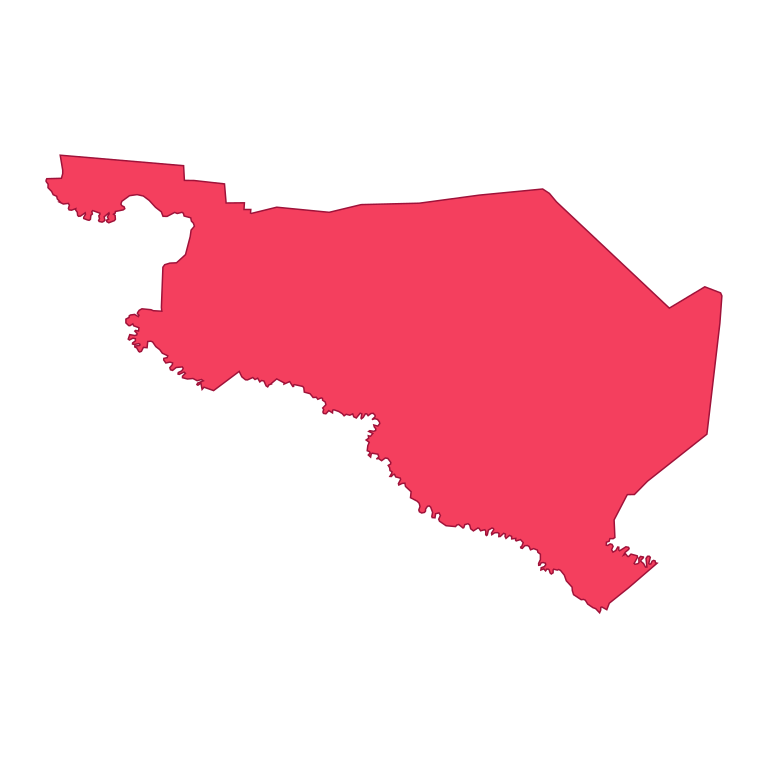 Nitchidorf, Timis, Romania
{"feature_id": "2599482B42012307395467", "entity_name": "Nitchidorf", "entity_type": "district", "adm_level": 2, "iso_a3": "ROU", "parent_name": "Romania", "parent_adm1": "Timis", "projection": "robinson", "projection_center": [21.512, 45.567], "detail": "fine", "context": "isolated", "style": "filled", "palette": "rose", "viewbox_px": 768, "rotation_deg": 0, "n_neighbors": 0, "source": "geoboundaries", "source_scale": "gbopen_adm2", "svg_char_len": 6088}
<svg xmlns="http://www.w3.org/2000/svg" viewBox="0 0 768 768"><path d="M599.6,612.8L600.7,610.2L600.8,607.4L601.9,607.0L606.8,609.7L609.3,603.2L628.4,587.9L657.1,563.2L655.5,562.8L655.1,560.9L653.6,560.4L652.1,561.2L650.8,564.0L649.3,564.1L648.8,563.3L650.3,557.3L649.2,556.2L647.5,556.3L646.0,558.5L646.9,567.0L645.5,567.1L643.5,563.5L640.8,561.3L641.0,560.1L643.4,557.7L643.4,557.0L640.6,556.4L638.8,558.3L639.0,562.6L637.8,563.7L635.0,564.3L634.1,563.4L637.5,557.3L637.2,555.8L631.0,554.1L628.7,556.5L627.6,556.4L625.7,554.0L623.6,555.1L625.3,552.2L628.7,549.4L629.1,548.3L628.5,547.3L625.9,546.8L619.6,550.8L618.8,550.0L618.8,547.2L617.8,547.0L615.8,550.5L613.0,552.1L611.6,549.8L613.1,546.3L612.0,544.4L610.2,543.9L607.7,545.5L606.3,545.2L606.4,542.2L609.1,541.3L609.9,538.6L613.1,538.7L614.9,537.5L614.1,519.9L626.8,495.5L627.4,494.6L634.4,494.5L647.5,481.2L706.9,434.2L719.9,323.1L721.9,295.9L720.6,292.9L704.8,286.8L669.3,308.1L556.5,201.9L549.4,193.4L542.7,189.0L479.4,195.1L419.2,203.2L361.2,204.6L329.2,212.3L276.7,207.2L251.5,213.4L250.5,213.1L250.8,209.5L244.0,209.5L244.4,202.8L226.1,203.0L224.5,183.9L194.0,180.5L184.4,180.4L183.6,165.7L60.2,155.2L62.7,170.1L62.7,173.7L61.4,178.3L46.8,178.7L46.1,180.2L46.1,181.5L48.1,184.2L48.0,187.7L51.6,191.4L53.2,194.7L56.7,196.3L57.3,198.9L60.0,201.8L59.3,202.0L63.3,204.0L68.3,203.4L69.4,205.1L68.4,208.4L69.1,209.9L71.6,210.2L75.8,208.6L75.6,209.9L77.3,212.3L77.6,215.2L78.5,216.3L80.5,216.1L85.2,212.8L85.5,214.3L83.7,217.3L83.7,218.5L87.3,219.9L89.1,220.3L90.4,219.4L90.9,215.3L92.4,214.0L91.8,211.6L92.8,210.6L99.9,213.2L99.9,214.4L98.8,215.8L99.5,218.7L98.6,220.5L99.2,221.5L102.1,222.1L103.9,221.3L104.8,220.1L104.2,216.8L108.9,212.8L109.2,213.8L107.4,216.9L108.6,219.2L106.4,220.2L106.9,221.7L108.8,222.8L114.4,220.6L115.4,219.3L115.1,215.4L113.5,214.2L115.2,213.1L115.4,211.5L123.2,209.9L124.8,208.7L124.1,206.8L121.9,205.7L120.9,204.1L121.8,201.3L129.5,195.7L137.1,194.6L143.3,196.0L149.2,200.4L155.5,207.3L161.3,211.8L163.0,216.3L167.1,216.4L174.7,212.4L177.2,213.5L182.0,212.3L183.4,213.3L184.1,216.0L190.7,217.8L191.4,221.1L193.4,223.2L194.4,226.2L191.1,230.1L190.2,236.6L185.5,254.6L176.5,262.8L169.9,263.1L164.7,264.7L162.9,267.2L161.4,307.4L161.8,311.2L153.3,310.7L151.0,309.7L141.9,308.8L139.2,310.3L137.6,312.6L137.4,313.6L139.0,315.2L138.3,316.6L134.6,314.4L130.4,315.0L129.2,315.9L129.1,317.4L125.9,319.1L125.9,322.9L128.7,325.6L129.9,325.7L132.8,323.9L133.7,325.8L138.9,327.7L138.5,331.0L135.6,330.4L134.8,331.1L137.1,333.6L136.7,335.0L134.6,335.5L129.8,334.6L128.2,339.1L129.4,340.0L132.9,338.2L135.4,338.7L135.4,340.9L132.6,342.9L132.5,344.0L134.3,344.5L138.8,343.6L139.9,344.2L140.0,345.0L139.2,345.6L134.8,346.0L134.8,347.0L136.7,347.9L138.7,351.4L139.7,352.0L141.4,351.3L143.4,347.4L147.1,347.7L147.7,341.5L150.8,341.2L152.6,341.9L155.8,346.6L159.8,349.7L162.3,353.2L167.8,355.8L167.2,357.6L163.8,358.4L163.7,360.0L165.8,363.0L170.0,362.1L172.6,362.9L172.4,364.5L169.8,367.7L170.5,369.8L172.6,370.4L176.2,367.5L182.3,366.9L183.2,368.3L182.5,369.8L181.6,370.9L178.3,372.5L178.0,374.0L179.1,374.4L184.1,372.1L185.4,373.3L182.5,376.2L182.5,377.7L187.4,379.0L193.0,378.5L197.1,380.7L201.5,379.5L203.3,380.8L197.6,383.1L196.9,384.6L197.9,385.2L200.9,383.2L202.1,389.4L204.0,387.2L213.6,390.6L239.2,371.4L241.8,376.8L245.5,379.8L247.5,379.9L252.8,377.5L255.0,379.5L257.7,378.2L259.8,381.9L261.6,380.5L263.9,381.0L266.1,385.9L267.7,386.9L269.0,384.8L271.5,384.0L271.3,383.5L276.7,378.9L284.2,382.9L284.0,384.1L289.7,381.6L292.8,386.5L293.6,386.4L293.6,385.0L294.5,384.6L302.7,386.4L303.8,387.8L304.3,392.1L310.1,393.7L313.1,397.5L316.4,397.3L317.8,399.3L321.2,397.9L322.5,398.4L322.6,400.2L325.2,402.0L325.9,404.7L322.7,408.0L323.7,409.5L322.9,412.0L323.5,413.4L325.9,413.8L328.8,410.6L332.5,412.9L332.7,410.2L333.9,409.8L338.8,411.5L342.3,413.7L344.1,415.8L346.2,414.3L349.8,415.2L352.7,413.9L353.8,416.8L356.3,418.0L360.2,413.2L361.8,413.9L361.0,418.1L361.4,418.8L363.2,417.4L365.4,413.8L366.7,413.8L368.1,415.7L371.0,413.5L373.2,413.3L375.1,415.3L375.1,416.8L372.0,419.6L374.9,418.7L377.5,419.4L379.4,421.9L379.8,423.6L377.8,426.1L373.8,425.0L374.3,427.0L375.8,428.8L375.6,430.5L373.7,431.3L369.8,430.7L368.7,431.4L372.8,433.5L370.5,436.3L368.3,435.7L368.7,438.2L366.1,440.0L369.2,442.3L367.8,445.7L367.2,450.7L369.4,451.6L370.1,453.0L368.3,455.0L370.6,457.1L371.2,454.1L372.2,453.2L377.9,454.2L378.8,457.0L376.4,459.0L378.5,458.5L381.6,460.7L385.3,458.0L387.8,458.4L390.8,462.4L390.6,464.0L388.2,465.4L389.6,467.6L390.0,470.6L391.9,471.7L391.7,473.3L389.9,476.4L391.3,476.5L393.2,474.6L394.5,474.3L395.7,476.9L400.3,478.1L400.6,479.5L398.4,483.6L398.8,485.0L402.2,483.4L404.9,483.2L405.5,486.5L411.1,491.7L410.5,497.7L417.2,501.2L419.2,503.3L420.0,506.5L418.8,510.0L419.4,511.8L421.7,513.0L424.5,512.4L425.5,511.1L425.6,509.0L427.5,506.3L429.3,505.9L430.7,507.2L432.6,512.4L431.8,516.4L432.2,517.6L435.0,517.8L435.6,513.7L439.0,512.9L440.4,515.5L438.7,519.2L439.5,521.2L446.0,525.7L455.5,526.6L456.9,525.0L458.7,524.5L463.0,528.0L463.8,527.6L464.8,524.6L468.0,523.7L469.7,525.0L470.7,528.8L473.4,530.9L477.9,528.0L479.0,528.3L480.6,530.8L484.8,529.7L485.8,531.3L485.7,534.7L486.5,535.5L487.3,534.9L488.4,530.1L492.0,528.0L493.4,528.5L493.8,529.5L491.5,533.1L491.8,534.7L494.6,532.8L497.7,532.6L499.0,533.5L498.8,536.6L500.2,536.5L503.7,533.3L505.4,534.1L505.0,536.4L506.0,538.4L509.5,535.4L511.6,536.4L511.7,538.9L515.8,538.4L515.6,540.2L516.2,540.9L520.5,539.6L523.2,542.6L521.9,546.0L520.6,547.1L520.9,548.0L522.3,548.4L524.8,545.7L527.4,545.5L529.1,546.5L530.5,549.8L533.7,548.6L537.4,550.1L537.9,552.3L540.4,554.2L540.4,559.6L538.6,563.4L538.7,565.3L540.0,565.1L541.1,562.9L543.1,562.5L545.4,563.2L545.7,564.8L544.3,566.6L541.2,567.7L540.9,570.0L543.7,568.9L545.6,570.9L546.8,569.1L548.3,569.2L549.1,569.7L550.1,572.9L551.3,574.0L553.1,572.8L553.1,570.0L553.7,569.2L557.3,570.1L558.7,569.5L560.5,570.4L564.3,575.1L566.3,580.8L572.1,587.2L572.3,590.6L573.6,594.7L581.2,599.7L583.6,599.4L585.3,600.2L587.7,604.1L593.0,607.7L595.6,608.6L599.6,612.8Z" fill="#f43f5e" stroke="#9f1239" stroke-width="1.5"/></svg>